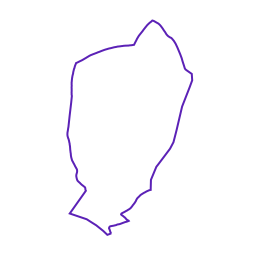 the district of Sirwah, Ma'rib, Yemen, rotated 260°
{"feature_id": "15242507B46939016303647", "entity_name": "Sirwah", "entity_type": "district", "adm_level": 2, "iso_a3": "YEM", "parent_name": "Yemen", "parent_adm1": "Ma'rib", "projection": "equal_earth", "projection_center": [45.022, 15.441], "detail": "fine", "context": "isolated", "style": "outline", "palette": "violet", "viewbox_px": 256, "rotation_deg": 260, "n_neighbors": 0, "source": "geoboundaries", "source_scale": "gbopen_adm2", "svg_char_len": 4116}
<svg xmlns="http://www.w3.org/2000/svg" viewBox="0 0 256 256"><g transform="rotate(260 128 128)"><path d="M63.1,139.6L63.7,139.7L72.0,141.4L73.0,141.6L84.9,149.2L86.5,151.0L91.8,156.7L100.3,165.8L106.1,170.3L114.0,173.9L117.8,175.6L139.7,185.0L157.6,195.9L163.8,199.5L164.7,199.6L170.2,200.2L174.6,195.8L175.7,194.8L176.8,194.3L179.3,194.0L184.3,193.3L187.4,193.0L191.7,192.2L198.8,190.6L202.8,189.5L205.8,188.3L208.1,187.0L209.0,186.4L209.3,186.1L209.8,185.3L210.5,184.5L211.2,183.8L211.5,183.5L212.0,183.1L212.8,182.6L213.6,182.1L214.4,181.8L215.2,181.5L216.0,181.2L216.8,180.8L217.6,180.4L218.5,180.0L219.3,179.7L220.2,179.3L221.0,178.9L221.8,178.5L222.6,178.1L223.3,177.7L224.1,177.2L224.9,176.6L225.6,176.0L226.2,175.3L226.8,174.5L227.4,173.8L228.0,173.1L228.7,172.3L229.2,171.5L229.6,170.6L229.5,170.4L228.9,169.6L228.4,168.7L227.9,167.7L227.4,166.9L226.8,166.0L226.2,165.1L225.4,164.1L224.7,163.4L224.2,162.7L223.5,162.0L222.9,161.3L222.2,160.5L221.5,159.8L220.8,159.1L220.2,158.4L219.5,157.6L218.8,156.8L218.1,156.0L217.3,155.1L216.6,154.4L215.8,153.7L215.1,153.1L214.3,152.4L213.5,151.8L212.7,151.3L211.9,150.6L211.2,150.1L210.4,149.5L209.6,148.9L208.9,148.4L208.9,147.3L208.9,146.1L209.0,144.9L209.1,143.7L209.1,142.7L209.3,141.5L209.4,140.5L209.6,139.1L209.7,137.8L209.7,136.6L209.8,135.5L209.8,134.4L209.9,133.1L210.0,131.9L209.9,130.6L209.9,129.5L209.9,128.2L209.8,127.1L209.7,125.8L209.6,124.6L209.6,123.4L209.5,122.3L209.3,120.8L209.2,119.6L209.0,118.2L208.8,117.1L208.6,116.0L208.4,114.9L208.1,113.6L207.9,112.5L207.7,111.2L207.4,110.1L207.2,108.9L207.0,107.9L206.9,107.4L206.8,106.7L206.5,105.4L206.3,104.3L206.0,103.2L205.7,102.3L205.3,101.3L204.9,100.2L204.4,99.0L204.0,97.9L203.5,96.6L203.1,95.5L202.7,94.4L202.4,93.3L202.1,92.2L201.8,91.2L201.4,89.9L201.1,88.8L201.0,88.2L200.8,88.1L200.0,87.6L199.2,87.1L198.4,86.6L197.6,86.2L196.9,85.9L196.1,85.5L195.4,85.0L194.6,84.7L193.7,84.3L192.8,83.9L192.0,83.6L191.2,83.4L190.4,83.0L189.5,82.6L188.6,82.2L187.9,82.0L186.9,81.6L186.1,81.4L185.2,81.1L184.4,80.9L183.6,80.7L182.7,80.4L181.9,80.3L181.1,80.1L180.2,80.0L179.4,79.9L178.6,79.7L177.8,79.5L177.0,79.4L176.2,79.3L175.3,79.1L174.4,79.0L173.6,78.8L172.7,78.6L171.8,78.5L170.9,78.3L169.8,78.3L169.0,78.2L163.0,76.5L159.0,75.3L150.0,72.6L139.3,69.5L138.3,69.1L137.4,68.8L136.5,68.5L135.6,68.2L134.8,67.9L134.0,67.6L133.1,67.4L132.2,67.2L131.2,67.1L130.3,67.1L129.4,67.2L128.4,67.3L127.6,67.5L126.6,67.6L125.6,67.7L124.8,67.7L124.0,67.7L122.9,67.8L121.9,67.7L120.9,67.7L120.0,67.7L119.1,67.6L118.1,67.5L117.2,67.4L116.2,67.3L115.3,67.3L114.4,67.2L113.6,67.2L112.8,67.2L111.8,67.1L110.8,67.0L109.8,67.0L108.8,67.0L107.9,67.1L106.8,67.2L105.9,67.3L104.9,67.6L104.1,67.9L103.0,68.2L102.0,68.6L101.2,68.8L100.4,69.1L99.5,69.3L98.7,69.6L98.0,69.9L97.8,69.9L96.8,70.3L96.0,70.5L94.9,70.5L93.8,70.3L93.0,70.0L92.2,69.6L91.4,69.2L90.5,68.9L89.7,68.7L88.6,68.7L87.8,68.7L86.7,68.8L85.8,68.9L84.8,69.2L83.9,69.8L83.1,70.4L82.3,71.1L81.6,71.5L80.8,72.1L80.0,72.7L79.4,73.3L78.6,74.0L77.8,74.7L77.1,75.3L76.2,75.5L75.3,75.4L74.3,75.4L73.5,75.6L53.9,55.8L45.3,71.5L41.6,75.5L37.7,79.8L31.0,85.7L26.4,89.1L26.6,90.4L27.0,92.5L28.0,92.7L28.1,92.8L28.9,92.5L29.2,92.5L31.7,92.2L32.1,91.9L32.4,91.9L32.7,92.0L33.1,92.1L33.8,92.6L34.2,93.2L34.3,93.8L34.3,95.0L34.3,96.0L34.3,97.1L34.4,98.1L34.4,99.2L34.8,100.7L34.8,101.8L34.8,103.0L35.0,104.3L35.2,105.3L35.4,106.3L35.6,107.5L35.8,108.5L35.9,109.6L36.0,110.7L36.2,111.8L36.4,112.6L36.6,112.5L37.3,111.6L38.0,110.9L38.8,110.3L39.1,110.2L39.7,109.8L40.4,109.4L41.1,108.7L41.9,108.1L42.5,107.5L43.3,106.7L44.0,106.2L44.8,106.6L45.2,107.5L45.5,108.5L45.8,109.5L46.1,110.4L46.5,111.4L46.8,112.5L47.2,113.4L47.3,113.6L47.6,114.5L48.0,115.4L48.5,116.4L49.1,117.2L49.7,117.9L49.8,118.0L50.4,118.7L51.1,119.3L51.4,119.7L51.7,120.1L52.5,120.9L53.1,121.6L53.8,122.2L54.4,122.8L55.1,123.3L55.9,123.8L56.1,124.0L56.6,124.4L57.0,124.8L57.3,125.1L58.0,126.1L58.5,126.9L59.1,127.7L59.7,128.5L60.2,129.5L60.6,130.5L60.9,131.2L61.0,131.5L61.4,132.5L61.7,133.6L62.1,134.6L62.4,135.5L62.7,136.8L63.0,137.9L63.1,139.2L63.1,139.6Z" fill="none" stroke="#5b21b6" stroke-width="2"/></g></svg>